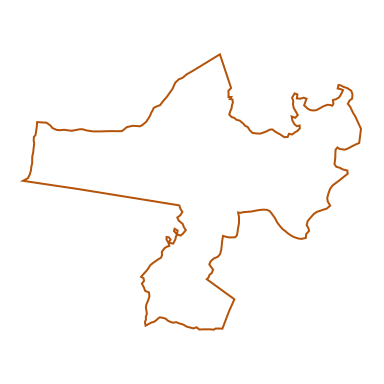 the district of Cajari, Maranhão, Brazil
{"feature_id": "56859067B3891057175323", "entity_name": "Cajari", "entity_type": "district", "adm_level": 2, "iso_a3": "BRA", "parent_name": "Brazil", "parent_adm1": "Maranhão", "projection": "albers", "projection_center": [-45.03, -3.406], "detail": "fine", "context": "isolated", "style": "outline", "palette": "amber", "viewbox_px": 384, "rotation_deg": 0, "n_neighbors": 0, "source": "geoboundaries", "source_scale": "gbopen_adm2", "svg_char_len": 3840}
<svg xmlns="http://www.w3.org/2000/svg" viewBox="0 0 384 384"><path d="M351.2,90.7L347.3,88.1L343.3,86.8L340.9,85.4L338.5,85.0L337.7,88.5L340.6,89.1L343.0,90.1L341.8,92.9L339.3,97.2L336.3,99.1L332.9,100.1L333.4,103.5L332.3,105.7L330.1,105.0L327.4,104.8L323.6,106.2L316.5,110.1L313.5,110.5L310.4,110.1L307.6,108.6L304.1,105.3L305.5,101.6L306.5,98.7L303.5,97.7L300.5,98.7L296.8,98.4L297.4,94.4L294.6,93.4L292.1,97.7L293.3,101.0L293.0,104.1L293.7,108.0L295.2,110.5L297.8,115.0L295.3,117.8L291.7,116.5L292.4,120.6L294.7,124.5L297.0,126.2L299.6,125.5L299.8,128.5L297.3,131.0L294.9,132.4L292.1,134.5L289.0,133.8L287.7,136.9L284.3,137.2L280.2,134.4L277.5,133.0L274.8,131.4L272.6,129.5L270.1,129.5L265.8,131.7L260.3,133.6L256.8,133.5L252.5,132.9L249.8,130.3L247.6,126.9L244.9,125.7L243.5,123.8L239.7,120.6L236.3,119.7L234.3,117.9L231.7,117.1L229.2,114.6L230.5,110.7L231.6,108.2L231.9,105.4L232.9,102.4L232.4,99.4L229.9,99.0L231.2,97.0L228.5,97.1L228.6,94.4L228.4,90.8L231.1,88.0L219.9,54.3L191.9,71.4L186.9,74.2L182.6,77.8L178.8,79.3L175.4,82.5L174.0,85.4L172.9,88.1L171.6,90.2L169.7,92.8L167.8,95.5L166.3,97.6L163.7,100.4L159.9,105.3L157.1,106.2L153.7,107.9L152.8,110.1L151.3,112.6L150.0,115.9L146.3,121.7L142.4,125.0L140.1,126.3L134.8,125.9L132.1,125.9L126.9,127.1L122.0,131.1L117.6,131.2L110.6,131.1L100.4,131.4L92.9,131.4L86.9,130.5L82.2,129.2L79.6,129.3L71.6,130.8L64.2,129.8L59.8,130.2L56.6,129.9L52.4,128.0L50.4,125.5L46.5,122.7L37.1,122.1L36.8,126.7L35.5,135.1L33.9,136.9L33.7,140.6L34.2,143.5L33.6,148.3L33.2,152.5L32.3,156.2L32.2,159.9L32.2,163.2L31.4,166.4L30.9,170.5L29.8,174.5L27.9,178.2L23.0,180.8L40.9,183.5L78.5,189.1L179.3,205.4L180.6,209.2L182.4,211.9L180.3,215.3L177.3,217.5L178.5,220.3L180.7,222.3L182.7,223.9L183.9,227.2L185.8,230.1L183.0,233.6L180.6,235.6L177.0,234.3L175.9,236.7L175.4,239.3L173.2,243.6L168.4,242.7L169.3,245.9L166.7,246.8L164.4,248.3L161.8,251.9L162.1,255.1L161.0,257.7L158.1,259.4L155.5,261.2L152.9,263.0L150.3,265.2L148.4,268.2L146.2,271.2L143.7,273.8L141.1,276.8L143.6,278.3L144.0,281.0L141.9,283.6L144.1,287.9L145.1,290.8L149.0,292.5L149.4,296.4L148.2,300.1L146.2,305.1L145.9,307.5L146.9,313.7L145.8,317.0L146.0,319.5L144.9,322.1L145.6,325.7L148.5,324.1L150.9,322.7L153.8,321.9L155.9,320.6L157.7,318.8L159.8,317.3L163.7,318.0L166.0,318.9L167.7,320.6L170.2,321.8L173.0,322.7L176.3,322.2L178.9,323.3L183.1,324.5L186.9,326.7L193.5,328.4L196.5,327.3L199.3,329.5L205.6,329.3L210.0,329.3L213.7,329.7L215.7,328.5L219.0,328.5L222.4,328.7L228.9,311.6L234.4,299.3L231.9,297.4L229.3,295.6L206.8,279.2L208.6,277.4L209.5,274.9L211.7,273.1L213.1,269.6L211.0,266.9L209.3,264.3L210.8,261.1L213.7,258.6L217.9,256.7L220.1,254.1L221.3,249.4L221.8,244.8L222.1,241.5L223.0,235.9L225.7,236.7L229.0,237.4L231.5,237.4L235.1,237.3L236.8,235.5L237.4,233.0L237.9,229.1L238.7,224.9L239.0,222.4L239.0,217.0L238.1,212.5L240.4,212.9L244.1,212.0L246.9,211.9L251.4,211.5L258.1,210.2L262.3,209.7L264.7,209.7L267.1,209.9L269.7,211.1L272.2,214.2L275.0,218.2L277.3,222.6L279.2,225.1L280.9,227.2L283.3,229.7L285.3,231.1L287.6,233.1L290.2,235.0L293.1,236.7L296.6,238.0L298.9,238.6L301.6,238.9L305.8,237.9L306.2,234.1L309.0,231.0L308.5,228.3L306.7,225.3L307.7,221.0L310.3,217.9L313.7,214.1L316.8,211.9L320.5,210.7L323.2,209.7L326.6,208.7L330.2,205.7L327.8,201.6L327.2,198.2L327.8,195.8L328.8,192.3L330.2,188.7L332.5,185.6L335.8,183.0L339.6,180.2L347.7,173.7L347.3,170.5L342.8,169.4L339.6,167.7L336.3,166.8L334.5,164.1L335.3,157.5L335.4,152.9L335.6,149.7L337.4,147.5L339.7,149.0L344.9,149.7L348.4,148.3L351.8,146.4L356.1,144.3L359.2,143.0L361.0,128.8L357.6,121.5L355.4,116.6L353.1,112.9L350.2,106.8L347.8,103.8L349.6,100.5L352.1,98.7L352.5,94.4L351.2,90.7ZM168.4,242.7L170.6,239.7L169.0,237.4L166.6,237.0L166.5,239.5L168.4,242.7ZM177.0,234.3L177.6,230.5L174.6,228.8L174.0,231.1L177.0,234.3Z" fill="none" stroke="#b45309" stroke-width="2"/></svg>